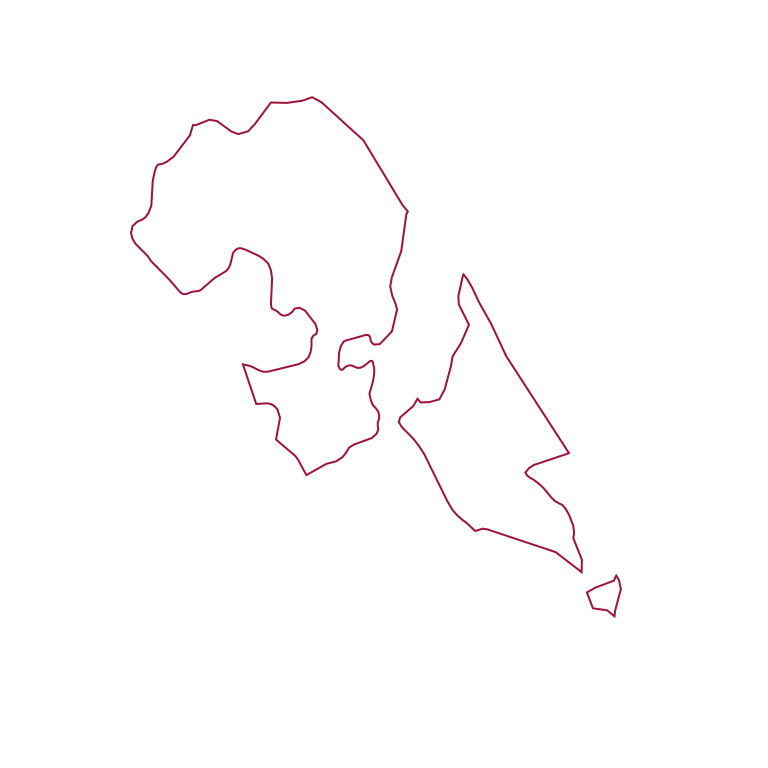 the Emirate of Fujayrah, rotated 326°
{"feature_id": "ARE-341", "entity_name": "Fujayrah", "entity_type": "Emirate", "adm_level": 1, "iso_a3": "ARE", "parent_name": "United Arab Emirates", "parent_adm1": "", "projection": "equal_earth", "projection_center": [56.162, 25.265], "detail": "fine", "context": "isolated", "style": "outline", "palette": "rose", "viewbox_px": 768, "rotation_deg": 326, "n_neighbors": 0, "source": "natural_earth", "source_scale": "10m", "svg_char_len": 2946}
<svg xmlns="http://www.w3.org/2000/svg" viewBox="0 0 768 768"><g transform="rotate(326 384 384)"><path d="M436.5,329.6L420.0,344.8L402.8,348.6L397.7,345.7L397.1,343.6L397.1,341.1L398.2,338.5L398.8,336.2L398.1,334.4L396.2,333.1L376.6,326.6L374.1,326.3L369.4,328.5L364.5,332.7L356.3,343.4L355.8,347.2L357.4,349.0L361.6,348.3L364.7,348.7L367.1,350.0L370.2,354.8L371.4,356.1L373.3,357.2L375.2,357.6L377.4,357.9L385.7,357.2L386.4,357.7L386.8,358.1L387.1,358.9L386.9,359.9L384.1,366.6L380.8,370.9L376.3,375.7L366.5,383.9L364.0,389.9L363.0,395.3L363.7,399.8L363.7,404.0L362.5,407.4L360.6,409.9L357.2,412.6L355.6,414.9L353.9,418.5L350.1,421.0L343.7,422.0L325.4,417.4L319.6,417.2L313.7,419.9L308.4,421.5L300.9,421.3L291.6,418.0L268.7,416.1L270.4,398.9L270.3,394.3L263.4,369.7L278.8,354.0L281.5,345.5L281.0,342.3L280.2,339.5L278.9,337.2L277.3,335.5L275.4,334.1L266.9,329.1L278.0,288.9L282.6,293.6L285.0,297.2L287.5,301.9L290.6,306.2L294.6,308.9L324.4,319.8L330.9,320.7L336.4,319.6L341.1,316.4L344.9,312.3L349.2,305.9L352.4,304.5L355.9,304.6L358.8,302.2L360.7,295.9L359.6,279.2L356.8,273.8L352.4,271.6L347.6,273.0L343.5,273.1L340.2,272.0L337.9,270.0L336.9,267.6L336.4,265.1L335.7,263.2L334.9,261.6L334.2,260.6L333.3,258.9L333.7,257.0L335.4,253.9L350.2,234.0L353.8,226.6L355.4,219.5L354.0,212.8L352.0,208.0L344.1,194.9L341.4,191.6L341.2,191.4L341.0,191.2L340.4,190.8L338.6,190.0L335.8,189.8L333.4,190.5L332.1,191.0L331.6,191.4L323.4,199.0L320.0,201.0L316.1,202.1L303.0,201.4L284.4,203.6L282.2,203.2L278.1,201.0L276.3,200.2L270.4,198.9L268.0,197.4L266.7,195.1L266.1,191.9L264.6,178.6L259.6,152.0L259.6,145.6L256.4,128.8L256.7,122.7L258.8,117.3L263.8,112.5L270.1,111.5L275.0,112.4L278.8,112.5L284.1,110.7L290.9,106.0L305.7,86.5L313.1,79.3L316.5,76.8L319.3,75.7L323.0,77.5L328.3,78.3L336.7,77.9L362.2,69.3L370.4,62.5L372.8,64.2L387.1,67.3L392.6,72.7L398.6,89.2L402.9,95.3L412.5,98.5L422.3,96.3L447.6,87.4L460.6,96.6L474.6,103.4L484.8,106.1L489.7,115.5L503.2,170.5L499.4,246.1L500.2,254.3L497.3,255.9L472.7,283.4L450.0,300.1L443.7,306.6L440.2,315.5L438.5,323.7L436.5,329.6ZM421.3,427.7L431.3,422.4L449.4,406.7L456.4,399.4L470.6,393.2L487.6,382.4L490.5,359.9L494.9,352.6L510.4,337.9L511.2,337.6L511.6,344.0L511.0,353.2L508.5,369.3L506.5,393.7L500.9,429.3L498.7,544.7L495.3,543.9L462.8,534.9L457.5,534.8L451.7,536.4L451.5,539.8L452.5,543.0L454.6,547.4L456.6,553.1L458.1,559.6L459.2,571.3L460.2,576.3L462.2,580.6L464.2,583.8L464.8,589.3L464.1,596.7L461.6,607.5L458.3,613.8L454.7,617.7L449.8,640.4L442.6,650.5L432.3,619.4L388.6,562.6L384.9,559.1L377.4,556.9L374.8,545.4L372.9,540.1L371.2,533.6L370.4,526.4L371.0,516.6L378.1,464.8L378.3,455.7L377.8,446.5L374.7,429.5L375.0,423.9L378.7,420.7L395.9,418.7L403.5,415.0L404.1,419.8L411.6,424.4L421.3,427.7ZM469.4,672.7L469.0,678.4L465.7,686.5L448.6,701.4L445.2,705.5L445.1,705.2L442.4,696.3L431.8,686.8L435.7,670.2L445.7,671.1L464.7,675.6L469.2,672.8L469.4,672.7Z" fill="none" stroke="#9f1239" stroke-width="2"/></g></svg>